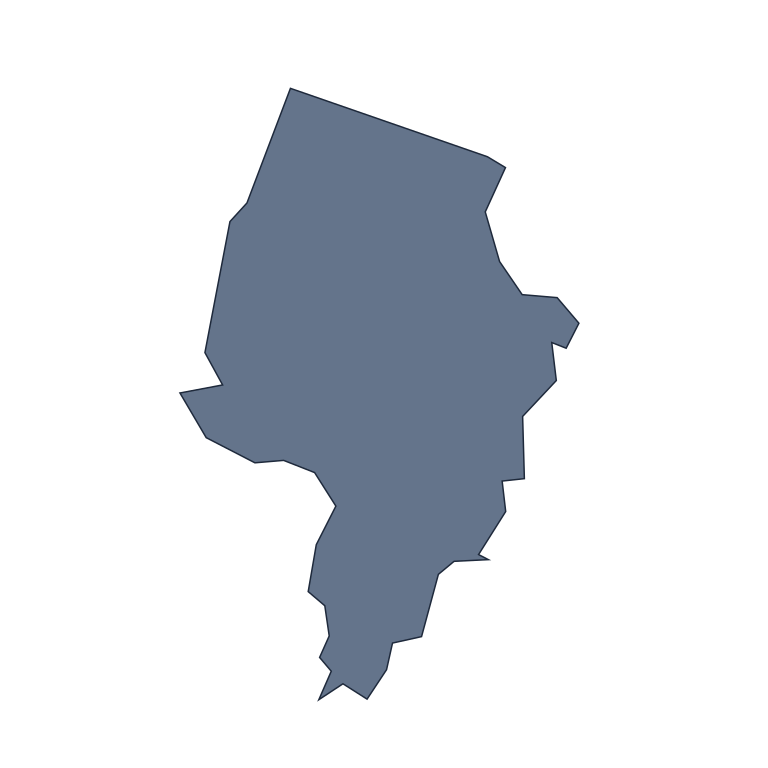 outline of Wolfe, Kentucky, United States of America, rotated 80°
{"feature_id": "52423323B59617184905831", "entity_name": "Wolfe", "entity_type": "district", "adm_level": 2, "iso_a3": "USA", "parent_name": "United States of America", "parent_adm1": "Kentucky", "projection": "mercator", "projection_center": [-83.426, 37.741], "detail": "fine", "context": "isolated", "style": "filled", "palette": "slate", "viewbox_px": 768, "rotation_deg": 80, "n_neighbors": 0, "source": "geoboundaries", "source_scale": "gbopen_adm2", "svg_char_len": 673}
<svg xmlns="http://www.w3.org/2000/svg" viewBox="0 0 768 768"><g transform="rotate(80 384 384)"><path d="M178.2,242.6L76.6,424.8L181.9,487.5L197.3,507.5L322.0,554.9L356.9,543.1L357.4,586.5L406.0,568.4L439.2,524.8L441.8,496.1L459.2,467.7L495.9,452.6L530.5,478.6L575.3,494.7L592.1,480.8L622.6,481.7L642.1,494.9L657.7,485.8L683.6,503.0L672.1,476.5L691.4,455.4L665.8,431.1L640.6,420.6L639.3,390.9L580.9,363.5L570.8,345.8L575.1,311.7L568.4,320.5L530.7,286.3L500.1,284.5L501.6,262.2L440.0,253.1L410.5,213.7L372.3,211.6L380.4,198.4L358.0,181.5L329.0,198.5L320.0,232.4L283.5,248.9L232.1,254.4L192.0,226.8L178.2,242.6Z" fill="#64748b" stroke="#1e293b" stroke-width="1.5"/></g></svg>